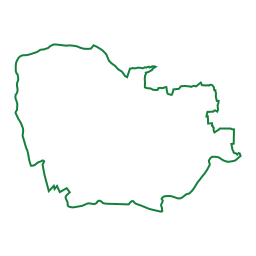 Chbar Mon, Kâmpóng Spœ, Cambodia
{"feature_id": "14789045B86938515353279", "entity_name": "Chbar Mon", "entity_type": "district", "adm_level": 2, "iso_a3": "KHM", "parent_name": "Cambodia", "parent_adm1": "Kâmpóng Spœ", "projection": "mercator", "projection_center": [104.521, 11.473], "detail": "fine", "context": "isolated", "style": "outline", "palette": "green", "viewbox_px": 256, "rotation_deg": 0, "n_neighbors": 0, "source": "geoboundaries", "source_scale": "gbopen_adm2", "svg_char_len": 4247}
<svg xmlns="http://www.w3.org/2000/svg" viewBox="0 0 256 256"><path d="M64.3,45.5L58.1,44.7L54.5,44.4L52.6,44.9L49.9,46.4L48.1,48.0L44.3,49.3L40.4,49.8L37.5,51.7L35.6,52.5L33.4,53.2L29.7,54.4L26.2,55.2L23.3,55.2L21.5,55.7L20.1,56.4L18.4,58.0L17.5,59.6L16.2,62.4L15.7,66.0L15.8,71.2L16.6,73.5L17.6,74.4L17.8,75.8L18.2,77.8L18.1,80.4L17.2,82.6L17.0,84.2L16.9,85.3L17.6,89.6L17.3,92.0L16.5,93.8L15.7,94.7L15.4,96.9L15.5,98.5L16.2,100.1L17.2,103.4L17.3,104.9L17.0,110.0L16.0,111.4L15.5,112.6L16.0,114.0L17.1,116.1L18.3,118.8L20.2,121.8L21.8,125.1L23.0,128.7L23.2,131.1L23.0,132.7L22.6,135.7L25.1,144.4L26.3,148.3L27.4,150.7L28.4,155.0L28.7,157.4L29.2,160.0L29.6,161.6L30.3,163.8L30.9,165.7L33.3,165.6L35.0,164.8L36.0,164.0L38.0,162.4L40.8,161.4L42.8,160.4L44.2,161.4L43.6,162.7L42.6,164.4L43.0,167.1L44.6,175.3L48.8,191.1L53.8,185.9L54.6,189.0L57.0,186.0L59.8,192.1L66.7,188.2L69.8,192.3L66.6,195.2L65.6,196.9L65.7,198.1L66.1,199.3L67.4,201.8L67.7,203.7L67.7,205.4L68.4,206.4L70.5,207.1L72.9,207.4L76.8,206.8L82.2,205.8L87.0,203.7L88.6,203.3L94.5,204.1L96.6,203.0L97.4,201.5L99.3,200.6L101.3,201.4L102.9,203.1L105.9,203.7L128.7,204.4L129.6,203.1L131.6,201.2L133.1,201.1L134.3,202.5L135.5,203.5L137.4,204.3L140.9,205.5L149.5,209.0L159.2,211.3L161.3,211.6L162.2,211.3L161.9,207.7L161.1,205.7L161.2,204.4L162.3,202.4L162.8,200.8L161.6,198.9L162.5,197.5L164.1,196.4L165.2,196.3L167.3,196.0L169.7,196.0L171.1,196.2L173.6,196.9L177.8,198.4L180.1,198.4L181.6,197.8L183.4,196.6L186.2,194.3L189.5,193.4L191.0,191.8L192.2,190.6L193.2,189.3L194.9,186.8L196.9,183.4L198.1,181.7L200.0,179.4L200.9,178.1L202.3,176.3L204.4,173.8L205.2,172.6L207.0,170.0L208.6,167.0L209.7,164.9L209.7,163.7L209.0,161.9L208.9,160.5L210.4,158.1L211.9,156.9L214.6,156.7L217.8,157.1L219.5,157.8L221.7,159.4L223.9,160.6L226.4,161.5L228.6,161.8L231.8,161.3L234.1,160.9L235.5,160.3L240.6,155.9L240.1,154.7L239.7,153.5L238.6,153.1L237.8,153.8L237.2,154.6L236.4,153.7L235.4,153.2L234.4,153.1L233.6,152.5L233.5,151.4L232.9,150.6L232.3,149.2L232.2,148.2L232.0,147.1L231.6,145.1L231.3,144.0L233.7,143.7L233.8,139.1L233.8,136.8L233.9,135.3L233.9,132.1L233.9,130.5L234.0,129.4L231.8,129.2L230.6,128.5L229.6,128.5L219.7,128.5L218.7,129.7L217.7,130.3L214.5,132.4L214.0,131.5L213.6,130.2L213.6,129.0L213.8,128.0L213.1,127.3L212.9,126.2L211.9,125.7L212.1,124.6L212.1,123.3L208.1,123.5L208.0,121.2L208.0,119.3L207.9,117.8L207.8,116.4L206.5,116.6L206.6,115.5L206.9,114.4L207.1,113.2L207.5,111.9L209.0,111.9L210.0,111.8L211.2,111.7L213.2,111.7L213.9,110.8L215.0,110.4L216.3,111.0L217.2,111.6L217.7,110.6L218.0,109.5L217.8,107.4L217.6,105.5L217.9,104.3L218.4,103.2L218.6,100.9L216.8,100.9L216.5,99.7L216.3,98.7L216.0,97.6L215.8,96.4L215.9,95.0L216.0,93.6L215.8,92.6L215.4,91.5L215.4,90.2L214.3,90.1L214.0,88.6L213.9,87.5L213.2,86.3L212.5,85.5L211.4,84.8L209.7,84.9L208.9,85.6L207.9,85.2L206.7,85.4L205.6,85.6L204.6,85.2L203.4,85.3L202.0,85.2L200.8,82.6L197.8,85.0L196.1,86.4L195.0,86.0L193.9,86.0L192.9,86.2L191.9,86.5L190.8,86.9L189.9,86.4L188.7,86.3L187.6,86.3L186.5,86.1L185.1,86.0L184.0,86.0L182.6,86.2L181.4,86.1L180.4,86.8L179.2,88.6L177.9,89.0L176.8,89.0L175.6,89.2L174.5,89.3L173.5,89.4L173.0,91.5L172.6,92.6L172.3,93.6L171.7,94.8L170.5,94.7L168.9,94.2L167.9,93.9L167.3,93.1L167.1,91.8L166.8,90.2L166.6,88.7L166.3,87.1L164.8,87.3L163.5,87.9L161.8,88.2L160.7,87.9L159.6,87.9L158.2,88.2L158.0,89.5L157.1,89.9L156.0,90.1L154.9,89.9L153.8,89.8L152.7,89.7L151.7,89.0L150.5,88.4L149.4,88.4L148.3,88.3L146.9,88.1L145.9,87.8L144.9,87.4L144.9,86.3L144.9,85.1L144.9,83.9L145.0,82.9L144.9,81.1L144.8,79.5L144.7,78.4L145.0,77.1L145.0,75.9L145.5,74.7L146.0,73.7L145.8,72.7L147.1,72.3L148.3,72.1L149.5,71.4L151.1,70.5L152.2,69.9L152.5,68.8L153.6,68.1L155.6,66.8L154.4,66.3L153.4,66.4L152.2,66.3L151.2,66.9L149.6,67.5L148.9,66.7L147.3,67.1L146.3,67.6L144.7,67.3L143.8,67.9L142.7,68.3L141.6,68.1L140.5,67.8L139.4,67.8L138.3,67.6L136.9,67.9L135.7,68.2L134.3,68.4L132.8,68.0L131.9,68.4L130.0,68.6L127.1,77.2L125.0,76.0L121.9,71.6L118.6,69.6L117.6,68.7L116.3,67.2L115.3,66.0L114.0,65.1L112.5,64.1L111.0,62.8L109.0,60.8L107.6,57.5L106.3,54.3L102.2,50.1L96.7,46.7L93.6,45.3L91.1,48.5L88.4,48.9L83.6,48.7L79.6,47.5L76.6,46.2L72.3,45.6L69.5,45.4L67.6,45.6L64.3,45.5Z" fill="none" stroke="#15803d" stroke-width="2"/></svg>